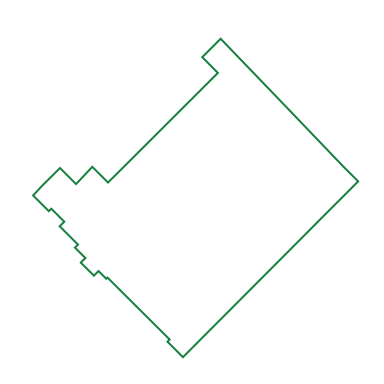 Hill, Montana, United States of America, rotated 135°
{"feature_id": "52423323B64046632400523", "entity_name": "Hill", "entity_type": "district", "adm_level": 2, "iso_a3": "USA", "parent_name": "United States of America", "parent_adm1": "Montana", "projection": "equal_earth", "projection_center": [-109.883, 48.566], "detail": "fine", "context": "isolated", "style": "outline", "palette": "green", "viewbox_px": 384, "rotation_deg": 135, "n_neighbors": 0, "source": "geoboundaries", "source_scale": "gbopen_adm2", "svg_char_len": 606}
<svg xmlns="http://www.w3.org/2000/svg" viewBox="0 0 384 384"><g transform="rotate(135 192 192)"><path d="M315.2,81.6L279.4,81.7L207.9,81.8L142.2,81.9L119.3,82.0L109.0,82.0L99.9,82.0L67.0,82.0L67.0,103.4L65.1,191.7L63.4,280.1L89.4,280.1L89.5,257.9L201.5,258.0L211.2,258.0L244.7,258.1L244.7,280.3L268.4,279.6L268.4,298.6L268.4,302.3L294.1,302.4L306.8,301.9L306.8,279.7L303.3,279.7L303.3,261.3L309.8,261.3L309.8,235.4L314.1,235.4L314.1,220.7L320.6,220.7L320.5,202.2L314.0,202.2L314.0,192.6L314.0,191.3L312.3,191.3L312.1,103.5L315.2,103.5L315.2,81.6Z" fill="none" stroke="#15803d" stroke-width="2"/></g></svg>